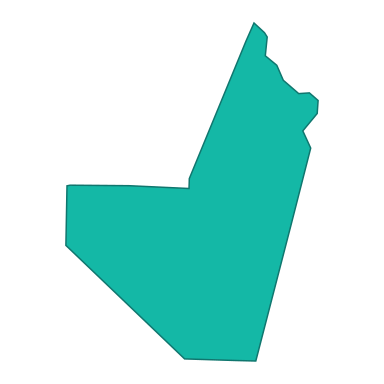 Moniteau, Missouri, United States of America
{"feature_id": "52423323B12079840078739", "entity_name": "Moniteau", "entity_type": "district", "adm_level": 2, "iso_a3": "USA", "parent_name": "United States of America", "parent_adm1": "Missouri", "projection": "natural_earth1", "projection_center": [-92.537, 38.675], "detail": "fine", "context": "isolated", "style": "filled", "palette": "teal", "viewbox_px": 384, "rotation_deg": 0, "n_neighbors": 0, "source": "geoboundaries", "source_scale": "gbopen_adm2", "svg_char_len": 420}
<svg xmlns="http://www.w3.org/2000/svg" viewBox="0 0 384 384"><path d="M184.6,358.9L235.7,360.5L255.8,361.0L291.1,224.7L310.7,148.1L302.8,130.9L317.2,113.5L318.1,100.5L309.4,92.9L298.7,93.6L283.3,80.3L276.8,65.3L265.3,55.8L267.2,37.0L264.5,32.7L254.0,23.0L246.0,41.1L189.3,178.6L189.2,183.1L189.0,188.5L129.0,185.7L70.1,185.2L67.0,185.8L65.9,245.4L184.6,358.9Z" fill="#14b8a6" stroke="#0f766e" stroke-width="1.5"/></svg>